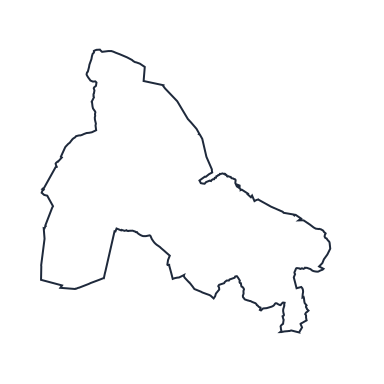 outline of Jiquilpan, Michoacán, Mexico, rotated 192°
{"feature_id": "50627088B31285404529678", "entity_name": "Jiquilpan", "entity_type": "district", "adm_level": 2, "iso_a3": "MEX", "parent_name": "Mexico", "parent_adm1": "Michoacán", "projection": "robinson", "projection_center": [-102.775, 19.967], "detail": "fine", "context": "isolated", "style": "outline", "palette": "slate", "viewbox_px": 384, "rotation_deg": 192, "n_neighbors": 0, "source": "geoboundaries", "source_scale": "gbopen_adm2", "svg_char_len": 5842}
<svg xmlns="http://www.w3.org/2000/svg" viewBox="0 0 384 384"><g transform="rotate(192 192 192)"><path d="M242.1,290.5L262.4,290.5L264.2,304.5L269.7,306.7L273.4,307.2L274.8,307.2L276.6,307.8L278.2,308.7L283.5,310.2L291.2,311.7L295.7,312.4L298.1,312.9L300.3,313.1L303.3,312.4L309.1,310.4L311.1,311.6L311.7,312.1L315.0,311.2L316.1,310.5L317.3,309.6L316.9,308.0L317.9,306.5L318.1,304.0L318.0,301.2L318.8,295.2L318.7,292.8L318.9,288.3L318.9,288.0L319.5,287.2L319.6,285.8L319.5,284.9L318.8,284.0L317.4,282.5L315.8,281.1L314.5,279.9L311.9,279.4L309.5,280.1L308.2,279.2L308.0,275.9L309.4,274.1L309.7,273.1L308.5,270.9L308.5,269.2L308.4,268.3L308.7,267.2L308.3,266.0L308.4,265.4L307.6,264.3L308.8,259.7L308.7,259.7L307.1,255.0L306.2,253.1L303.5,250.6L303.1,249.9L303.1,248.0L302.5,246.3L302.6,244.8L302.0,242.6L300.2,238.8L300.2,237.0L298.6,232.5L302.4,229.6L305.0,228.5L307.3,227.8L309.7,226.3L311.3,225.1L312.8,224.2L314.4,223.8L317.0,222.5L317.7,221.2L319.3,219.6L320.2,218.3L320.4,217.6L320.7,217.2L321.8,214.8L323.1,213.3L325.2,209.8L325.5,208.7L327.6,199.2L326.5,198.7L329.4,193.8L329.7,193.9L330.9,192.4L331.3,191.5L330.8,190.3L329.9,188.9L329.8,188.7L329.5,188.5L329.5,188.4L329.9,188.3L330.2,188.3L330.6,187.9L337.7,164.8L338.0,164.9L338.4,164.6L339.0,163.7L337.6,163.4L337.8,163.0L338.5,162.9L338.9,160.0L338.5,159.8L336.0,158.4L332.8,158.3L330.7,155.8L325.0,149.2L325.5,147.6L328.5,128.8L328.0,128.3L328.3,128.0L328.8,125.6L329.5,125.7L326.5,115.6L324.3,89.0L323.9,87.7L321.4,74.7L299.7,73.6L300.8,70.9L286.4,72.8L285.6,73.3L285.4,73.2L283.2,74.7L282.6,74.9L273.9,80.6L272.2,81.9L264.5,86.8L260.6,89.4L260.3,89.4L260.3,94.5L260.2,96.7L259.6,137.5L258.7,137.5L258.2,140.6L253.2,139.7L252.9,139.9L252.8,140.3L252.1,140.2L249.9,140.0L249.5,140.2L249.2,140.4L248.7,140.6L248.1,141.0L247.3,140.5L246.1,140.6L245.6,141.0L245.1,141.0L244.4,141.3L244.0,141.3L243.7,141.4L242.2,141.8L241.0,141.7L240.3,141.5L239.9,141.6L238.8,141.3L238.7,141.1L238.4,141.1L238.0,141.1L237.7,141.3L237.4,141.3L236.7,140.5L235.2,139.8L233.5,139.2L232.3,138.9L231.0,138.7L229.9,138.8L227.8,139.3L224.4,140.8L223.8,140.6L223.4,140.3L221.5,137.6L219.4,135.6L218.2,134.6L216.8,133.7L215.5,133.0L214.0,132.4L211.9,131.5L210.8,130.8L200.5,125.1L201.3,120.4L201.0,115.8L200.8,115.6L200.6,115.5L199.2,116.0L199.0,115.3L195.1,107.7L192.8,103.0L191.2,104.0L188.8,105.1L186.9,105.7L183.7,108.2L182.5,109.2L182.6,108.1L181.4,106.7L176.1,103.0L175.7,103.0L175.2,102.4L174.4,101.9L173.5,101.1L171.8,99.7L169.5,97.6L162.3,96.3L161.1,95.9L156.9,95.3L153.9,94.9L152.3,94.5L148.7,92.4L147.7,94.8L147.5,97.6L145.1,102.2L145.5,103.7L145.8,104.4L146.7,105.3L146.6,105.9L146.1,106.9L141.6,109.5L141.2,110.8L139.7,112.6L137.5,113.1L137.1,114.2L132.5,117.0L132.2,118.3L131.0,118.9L130.4,118.9L130.1,118.5L129.4,118.0L126.8,115.3L126.9,114.3L126.7,113.6L126.4,113.2L126.0,112.9L125.2,112.9L124.3,110.5L123.9,109.8L122.8,109.6L121.4,108.4L120.9,107.6L121.1,105.9L120.4,103.2L120.7,101.2L120.4,100.1L120.0,99.5L119.3,99.1L118.2,98.0L117.3,97.8L115.9,97.7L115.2,97.5L114.5,97.6L113.9,97.5L113.2,97.4L112.1,97.5L110.4,97.0L106.8,96.4L105.7,95.7L105.0,94.8L104.5,94.8L102.7,93.5L101.0,93.2L100.9,91.8L101.1,90.8L99.9,90.5L98.6,92.4L98.2,92.9L94.9,93.9L93.2,94.8L90.3,96.4L89.2,97.2L88.3,98.2L87.5,100.1L87.1,100.5L86.7,100.7L86.0,100.6L85.6,100.6L84.4,100.1L82.6,99.7L82.0,99.7L81.6,100.1L81.4,100.8L80.9,101.7L80.0,102.8L78.4,102.9L78.4,100.6L78.2,100.4L78.1,100.1L78.1,99.5L78.4,96.4L78.2,95.0L78.0,94.2L77.1,92.0L76.8,91.7L76.6,91.0L76.5,90.5L76.8,90.0L77.6,89.3L76.1,86.4L75.8,86.1L75.6,82.8L75.5,82.0L76.0,81.6L77.2,79.8L77.4,79.0L77.3,78.6L77.0,78.1L76.5,76.4L76.1,75.6L75.8,75.1L75.8,74.3L76.6,73.3L75.7,73.5L72.4,74.9L69.4,75.8L68.3,76.2L67.7,76.3L66.4,77.1L66.0,77.2L60.8,77.0L57.9,76.9L58.0,77.1L56.2,82.4L58.3,85.3L58.4,85.7L53.2,90.3L53.6,91.0L54.5,93.4L54.5,93.8L54.6,94.3L54.8,95.0L55.3,95.6L55.9,96.1L55.4,97.7L54.4,98.8L53.4,100.2L55.2,101.4L55.6,102.2L56.2,102.6L56.5,103.0L56.7,103.4L56.7,104.3L56.4,104.6L56.3,104.9L58.7,106.8L59.3,108.1L60.5,111.6L61.0,112.5L62.0,111.7L62.2,113.0L62.5,115.5L62.5,116.7L62.7,118.0L63.2,119.4L64.0,120.7L65.0,121.5L65.4,121.8L69.7,119.6L74.7,129.7L74.1,133.1L74.6,133.6L75.1,134.6L74.9,135.8L74.7,136.3L74.5,138.0L74.2,139.0L73.6,139.4L70.9,139.6L70.7,139.6L70.4,139.3L69.8,139.3L69.4,139.6L68.7,140.2L68.0,140.2L67.8,140.1L67.0,140.0L65.7,141.0L65.7,141.4L63.8,141.7L60.1,141.2L57.9,140.1L56.6,139.9L55.0,139.9L52.9,140.1L51.8,140.5L50.0,142.0L48.5,142.9L48.0,143.3L47.4,144.2L52.2,145.6L49.7,149.6L49.0,153.6L46.6,159.0L45.0,165.3L46.8,170.8L47.5,172.0L48.4,172.5L49.9,173.7L50.6,174.5L52.0,174.8L53.0,175.9L53.1,176.7L53.1,177.9L52.9,178.3L52.7,179.3L54.5,180.3L55.7,181.5L58.1,182.3L59.0,182.3L59.9,182.4L60.4,182.1L63.4,181.9L65.6,182.6L69.8,184.6L76.8,187.4L78.1,187.3L81.8,186.4L79.8,188.7L85.9,191.2L86.6,191.1L87.0,190.3L88.1,190.9L88.1,191.1L98.1,190.7L99.1,191.5L111.7,194.1L125.4,198.3L125.6,198.5L127.4,197.5L128.0,197.0L129.0,196.1L132.5,201.0L133.3,199.1L137.2,201.4L136.9,202.0L143.7,204.6L144.7,204.0L144.7,204.6L145.0,204.7L146.2,205.5L146.8,208.2L148.7,208.5L148.0,206.3L149.3,206.8L151.5,209.8L151.8,212.7L152.6,213.4L153.9,213.5L154.6,213.8L156.0,213.7L156.7,214.1L157.3,214.8L158.2,214.7L159.8,215.0L160.5,214.5L160.9,214.6L161.9,215.9L162.3,215.7L163.0,215.8L163.4,216.6L163.8,216.7L164.6,216.3L166.0,216.5L167.5,215.7L168.5,215.5L168.8,214.5L169.9,214.0L170.3,213.1L171.4,212.5L171.5,211.0L172.7,210.6L173.0,209.1L174.4,208.7L175.5,207.4L175.6,207.0L175.8,207.1L176.4,206.6L177.1,206.8L180.3,204.6L181.4,202.7L183.5,202.5L185.2,202.5L187.1,204.8L182.6,209.7L181.7,209.7L179.0,213.0L176.3,215.3L177.0,217.0L177.3,218.3L185.2,229.4L193.0,246.1L196.0,249.5L197.2,250.0L196.9,250.4L200.7,254.7L207.5,259.9L211.2,262.5L225.3,277.7L239.9,287.7L242.2,289.7L242.1,290.5Z" fill="none" stroke="#1e293b" stroke-width="2"/></g></svg>